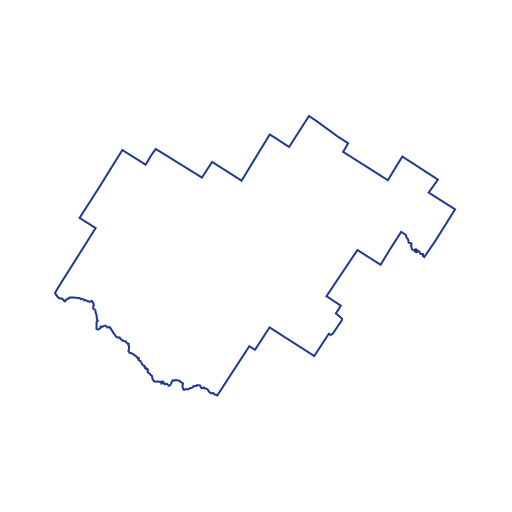 Chacabuco, Buenos Aires, Argentina (orthographic projection), rotated 349°
{"feature_id": "61730980B66564977593672", "entity_name": "Chacabuco", "entity_type": "district", "adm_level": 2, "iso_a3": "ARG", "parent_name": "Argentina", "parent_adm1": "Buenos Aires", "projection": "orthographic", "projection_center": [-60.523, -34.634], "detail": "fine", "context": "isolated", "style": "outline", "palette": "blue", "viewbox_px": 512, "rotation_deg": 349, "n_neighbors": 0, "source": "geoboundaries", "source_scale": "gbopen_adm2", "svg_char_len": 5985}
<svg xmlns="http://www.w3.org/2000/svg" viewBox="0 0 512 512"><g transform="rotate(349 256 256)"><path d="M90.1,185.0L103.9,198.0L55.6,249.4L51.7,253.9L51.7,254.2L51.7,254.4L51.8,254.6L52.0,254.9L52.1,255.2L52.2,255.8L52.5,256.1L52.5,256.3L53.1,256.8L53.1,257.2L53.1,257.7L53.2,258.0L53.4,258.2L53.6,258.5L53.9,258.6L54.2,259.0L54.2,259.3L54.8,260.0L55.0,260.2L55.7,260.1L56.1,260.2L56.5,260.4L56.9,260.5L57.3,260.8L57.3,261.1L57.5,261.4L58.2,261.6L58.7,262.5L58.8,262.9L58.9,263.3L59.3,263.4L59.6,264.1L59.8,264.2L60.1,263.8L60.1,263.5L61.2,263.1L61.5,262.7L61.7,262.3L61.9,262.2L62.6,262.3L63.1,262.2L63.4,262.0L63.8,261.9L64.2,262.0L64.4,261.8L64.6,261.4L64.9,261.4L65.6,261.2L66.2,261.2L66.6,261.5L67.1,261.8L68.0,261.7L69.0,262.0L69.5,262.0L70.1,262.3L71.3,262.6L71.8,262.8L72.2,262.9L72.6,263.1L72.8,263.3L73.2,263.4L73.6,263.3L74.1,263.4L74.5,263.7L75.3,264.1L75.5,264.6L75.9,264.9L76.8,264.8L77.3,264.9L77.6,265.2L78.0,265.6L78.5,265.9L79.1,266.1L79.3,266.3L79.2,266.5L79.1,266.8L79.5,266.9L80.2,266.9L81.4,267.6L81.6,267.8L81.8,268.2L82.1,268.3L82.9,268.4L84.5,269.4L85.3,269.3L85.7,269.2L85.9,268.9L86.2,268.7L86.3,268.9L86.4,269.2L86.8,269.9L87.2,270.6L87.2,271.1L87.3,271.3L87.2,271.6L87.2,271.9L87.4,272.2L87.2,272.6L87.2,273.1L87.3,273.5L87.3,273.8L86.8,274.1L86.6,274.4L86.2,275.8L86.2,276.5L87.1,277.4L87.3,277.8L87.7,278.3L88.0,278.9L87.9,279.7L87.7,280.3L87.8,281.0L88.0,281.6L87.9,282.1L88.0,282.7L88.3,284.1L88.1,284.6L87.9,285.1L88.0,285.5L87.9,286.2L87.8,286.7L87.9,286.9L87.8,287.7L88.2,288.6L88.3,288.9L88.4,289.3L88.3,289.5L88.0,289.6L87.7,289.8L87.5,289.7L87.3,289.8L87.2,290.0L86.9,290.3L86.9,290.5L85.5,297.2L85.9,297.5L86.2,297.8L86.8,298.0L87.2,297.9L88.1,297.6L88.6,297.4L89.1,297.2L89.4,297.0L89.9,296.7L90.0,296.5L89.9,295.8L90.4,295.6L90.8,295.9L91.6,296.3L93.0,295.7L94.3,295.5L95.2,295.9L95.8,296.7L96.1,297.1L96.3,297.4L96.5,297.8L97.1,297.9L97.9,297.7L98.5,297.9L99.0,298.1L99.3,298.6L99.2,299.3L99.5,299.8L99.8,300.0L100.0,300.6L100.1,301.3L100.5,301.7L100.7,302.2L100.8,302.8L101.1,303.3L101.1,303.7L101.1,304.0L101.3,304.4L101.5,304.8L101.8,305.2L102.2,305.8L102.4,306.3L102.5,307.0L102.8,307.6L103.2,308.2L103.7,308.7L103.8,309.1L104.0,309.2L104.4,309.5L104.8,309.7L105.5,309.8L106.1,309.8L106.5,309.8L106.7,310.0L106.6,310.6L107.6,312.1L108.0,312.5L108.5,312.7L108.7,313.2L109.1,313.8L109.4,314.0L110.0,314.2L112.0,315.1L112.0,315.6L112.2,316.2L112.6,316.7L113.4,317.4L114.3,317.8L114.4,318.1L114.1,318.5L113.7,318.8L113.6,319.2L114.0,319.7L114.1,320.3L113.9,321.3L113.8,322.1L113.6,322.7L113.4,323.4L113.2,323.7L112.9,324.1L112.8,324.8L112.7,325.1L113.0,325.7L113.4,326.9L113.8,327.3L114.2,327.3L114.8,327.4L115.2,327.7L115.5,328.1L116.0,328.3L116.4,328.7L117.4,329.5L117.9,330.5L118.3,330.8L119.2,331.4L119.4,332.0L119.6,332.4L120.0,332.9L120.3,333.6L120.6,333.9L121.0,333.8L121.5,333.8L121.5,334.4L121.0,335.0L120.7,335.5L121.2,336.1L121.6,336.5L122.0,336.7L122.7,337.2L122.8,338.0L123.4,339.6L123.5,339.8L123.6,340.4L123.7,341.1L124.0,341.4L124.4,341.8L125.0,342.1L125.5,342.5L125.7,343.1L125.4,343.8L125.5,344.4L126.0,344.4L126.5,344.7L126.2,345.3L126.5,346.0L127.1,346.1L127.8,346.2L128.2,346.7L128.2,347.1L128.0,348.0L127.8,348.2L127.5,348.5L127.6,349.2L127.7,349.6L128.0,350.1L128.5,350.4L129.2,351.1L129.3,351.7L129.8,352.4L130.1,352.8L130.9,353.6L131.0,354.0L131.0,354.7L131.0,355.5L130.9,356.0L130.8,356.6L131.1,357.1L131.2,357.7L131.5,358.3L131.8,359.1L132.3,359.8L132.9,359.9L133.9,360.3L134.4,360.4L135.0,360.3L135.7,360.4L136.4,360.9L137.1,360.9L137.7,361.1L138.0,361.3L138.2,361.6L138.8,361.4L139.3,361.3L140.0,361.4L140.6,361.6L140.0,362.2L139.3,362.6L139.0,363.1L139.8,363.2L140.3,363.2L140.8,363.4L141.5,363.3L141.8,363.7L141.9,364.4L142.5,364.6L143.1,364.2L143.8,364.3L144.9,365.5L145.3,366.1L145.7,366.8L146.7,366.6L147.4,366.2L147.8,365.7L148.3,365.1L148.8,364.3L149.8,363.0L150.1,362.3L150.7,362.2L151.3,362.6L152.1,362.8L152.9,362.3L153.4,362.5L154.1,362.6L154.6,362.9L155.5,363.2L156.8,363.9L157.4,364.1L157.5,364.6L158.5,365.6L158.8,366.2L159.7,366.7L160.0,367.2L159.7,368.1L159.3,368.8L158.8,370.1L159.0,370.8L159.0,371.1L159.2,372.1L159.3,372.9L159.4,373.5L160.1,373.7L160.7,373.4L161.9,373.3L162.3,373.4L163.0,373.8L163.5,373.9L164.1,373.7L165.6,373.3L167.6,373.2L168.4,373.0L169.2,372.5L169.8,371.9L170.5,371.8L171.4,372.2L172.2,372.3L173.3,371.5L173.6,371.7L175.4,372.0L176.0,372.3L176.7,372.8L176.7,373.8L176.8,374.5L177.4,375.4L178.1,375.6L179.0,375.5L179.8,375.1L180.0,375.5L180.4,376.3L180.8,376.5L181.3,376.6L181.9,376.7L182.5,377.2L182.9,377.7L183.5,378.7L183.8,380.0L184.8,381.2L185.3,381.7L185.6,382.1L186.3,382.4L187.1,382.2L187.6,382.3L188.2,382.7L188.4,383.1L188.7,383.9L189.0,384.2L189.6,384.3L190.6,384.7L191.4,385.5L232.2,343.3L237.1,347.9L255.7,328.7L294.1,365.3L312.7,346.2L314.3,347.8L316.7,346.8L328.2,335.2L328.5,334.0L326.1,330.7L323.4,327.7L329.8,321.0L317.5,308.9L351.7,274.5L356.7,269.5L362.0,274.5L376.6,288.4L389.2,274.6L403.1,260.0L407.4,264.3L407.4,264.6L407.2,265.3L407.1,266.0L407.3,266.6L407.8,267.3L408.0,267.8L408.3,268.3L408.4,268.8L408.4,269.3L408.6,269.9L408.3,271.3L408.5,272.0L408.6,272.3L409.9,272.6L410.5,272.9L410.9,273.4L411.0,274.2L410.9,274.4L410.5,274.7L409.9,275.5L410.3,276.0L410.3,276.6L410.3,277.3L410.4,277.9L410.3,278.4L410.5,279.1L410.8,279.6L411.5,280.0L412.1,280.5L412.9,280.3L413.4,279.9L414.1,279.9L414.9,280.3L415.1,280.9L414.5,281.6L413.2,282.1L413.5,282.5L414.1,282.9L415.0,282.9L415.6,282.5L416.0,282.2L416.6,282.2L416.9,282.4L417.5,283.7L417.6,284.5L417.7,285.1L418.2,285.5L418.6,285.7L419.2,285.7L420.0,285.8L420.4,286.3L420.2,286.7L420.1,286.9L419.9,287.8L420.0,288.1L420.6,288.8L421.0,289.1L432.3,278.0L435.4,274.9L460.3,248.2L437.6,226.7L449.1,215.7L418.6,186.3L406.4,199.6L399.9,206.8L361.4,170.4L368.0,162.9L359.0,154.3L340.1,134.0L334.7,128.7L309.3,155.3L292.7,139.3L256.2,179.3L230.9,155.3L217.9,168.7L178.0,131.8L172.6,136.9L165.1,145.3L145.0,126.5L114.2,159.7L95.2,179.6L90.1,185.0Z" fill="none" stroke="#1e3a8a" stroke-width="2"/></g></svg>